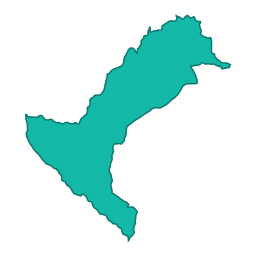 the district of California, Santander, Colombia
{"feature_id": "7082276B83568043326279", "entity_name": "California", "entity_type": "district", "adm_level": 2, "iso_a3": "COL", "parent_name": "Colombia", "parent_adm1": "Santander", "projection": "natural_earth1", "projection_center": [-72.928, 7.347], "detail": "fine", "context": "isolated", "style": "filled", "palette": "teal", "viewbox_px": 256, "rotation_deg": 0, "n_neighbors": 0, "source": "geoboundaries", "source_scale": "gbopen_adm2", "svg_char_len": 5761}
<svg xmlns="http://www.w3.org/2000/svg" viewBox="0 0 256 256"><path d="M230.2,64.6L228.5,63.7L226.9,63.1L222.9,62.9L221.6,62.5L220.6,61.9L218.2,59.9L216.8,59.0L216.1,58.0L215.4,57.5L214.8,56.4L214.6,54.5L214.2,53.8L212.3,53.4L211.9,53.1L211.5,52.3L211.4,51.1L211.6,49.0L211.4,46.4L211.6,44.3L211.4,40.5L210.8,37.8L210.2,37.5L208.9,38.1L208.3,38.1L203.8,36.6L202.5,35.7L201.5,35.3L200.6,34.1L200.4,33.7L200.4,32.9L201.1,32.3L201.2,31.0L200.8,29.4L199.7,26.5L199.4,25.2L199.6,23.9L200.5,22.6L200.7,22.0L200.6,21.6L200.3,21.5L198.7,21.6L197.2,21.3L196.4,20.9L195.7,20.2L194.8,18.6L194.6,17.2L194.0,16.8L192.4,17.4L191.8,17.9L190.1,17.9L189.3,16.9L188.4,16.2L187.6,15.4L185.6,16.5L184.2,17.9L183.6,18.9L182.9,19.3L182.3,19.1L179.5,17.0L177.9,16.7L176.2,15.7L176.2,16.1L177.0,17.8L176.7,19.2L175.7,21.0L175.0,21.2L171.2,20.8L168.8,21.4L166.7,23.0L163.8,24.7L162.3,26.0L161.7,27.7L161.8,28.2L161.8,29.5L161.1,30.3L159.7,30.3L158.7,30.0L158.0,30.0L157.3,30.4L156.7,30.9L154.3,30.9L153.5,31.1L151.1,32.2L150.4,31.8L150.2,31.0L150.1,27.4L149.8,27.2L148.8,30.0L148.2,30.9L147.9,32.6L148.0,33.2L147.9,34.1L147.6,35.2L147.2,35.5L144.3,35.8L144.0,36.1L143.3,38.8L141.9,39.7L141.3,40.5L141.1,41.5L141.1,42.3L141.3,44.1L140.3,45.3L139.1,47.5L138.2,48.5L137.7,48.7L137.5,49.3L137.1,53.1L135.6,51.5L134.7,49.8L133.4,48.5L132.5,48.1L130.9,48.0L129.8,48.4L129.3,48.9L128.3,50.3L126.7,53.5L124.4,57.4L124.1,58.3L123.9,60.7L123.5,62.7L122.8,64.4L121.6,65.9L119.8,66.8L118.8,67.1L116.5,68.2L114.9,68.6L112.6,69.7L111.4,70.7L108.8,73.7L108.2,74.2L107.3,74.0L107.3,75.5L106.6,78.7L105.2,84.2L104.8,87.1L104.3,88.6L104.2,89.5L103.8,90.1L103.7,90.7L101.5,93.7L100.7,94.4L99.4,95.1L94.9,95.3L94.4,95.6L93.0,97.4L91.2,98.3L90.6,98.9L90.0,99.8L89.7,101.0L90.3,102.5L90.2,104.0L89.2,106.4L88.8,106.7L87.8,107.0L87.5,107.4L87.4,111.2L86.8,113.6L86.2,114.5L84.2,115.9L82.3,118.0L81.1,118.8L79.2,123.2L78.7,124.0L77.8,124.3L75.9,122.7L74.4,122.8L73.9,123.4L72.3,123.7L69.6,123.4L68.0,122.6L67.2,122.4L65.4,122.6L64.0,123.6L61.4,123.6L59.3,122.6L58.3,122.5L57.1,122.7L55.6,122.6L55.6,122.3L54.3,121.8L53.5,121.2L52.9,120.2L51.3,119.3L49.9,119.4L48.3,120.0L45.4,119.8L45.0,119.4L44.7,118.9L42.5,116.6L41.9,115.6L40.6,115.5L39.5,115.7L39.1,115.9L38.5,116.8L37.7,117.1L33.4,117.2L31.1,117.0L29.7,116.8L28.1,116.8L27.4,116.1L26.6,114.6L26.1,114.3L25.8,114.8L25.9,118.2L26.2,120.0L27.4,124.3L27.4,127.8L27.6,129.5L27.6,130.7L26.5,132.4L26.3,133.7L26.8,137.2L27.5,138.3L28.1,139.8L30.2,143.9L32.4,147.0L33.2,148.5L34.0,149.7L36.8,152.7L38.9,154.7L40.1,156.4L40.9,157.4L41.6,158.6L42.7,159.9L44.2,161.3L45.2,162.8L45.9,163.5L46.9,164.1L48.5,164.6L50.8,165.6L52.3,166.7L53.3,167.8L54.2,168.4L54.8,168.6L56.3,168.7L56.7,169.0L57.1,170.2L58.5,171.2L58.8,173.1L59.5,173.7L60.0,173.7L60.4,174.1L60.9,175.2L61.9,176.7L61.9,178.4L61.7,179.8L62.0,180.3L62.5,180.8L65.4,181.9L65.6,182.2L65.9,183.7L66.3,184.1L67.0,184.5L67.2,185.6L68.1,186.0L68.9,186.0L69.1,186.3L71.7,189.9L72.4,191.3L73.0,192.1L73.1,192.6L74.0,193.6L74.6,194.0L75.7,194.1L76.8,194.8L78.8,195.2L79.2,195.5L80.9,195.9L81.1,195.9L81.5,195.4L81.6,194.8L81.9,194.3L82.8,194.2L83.6,194.4L85.3,195.8L86.2,196.8L87.3,198.5L87.6,200.1L88.3,201.0L89.2,201.5L91.2,201.7L92.0,202.2L92.3,204.2L93.2,206.3L93.7,207.1L94.8,208.2L96.0,208.8L96.9,209.6L97.6,210.6L98.0,211.3L99.3,212.9L99.7,213.8L100.0,214.0L102.1,214.2L103.8,214.8L105.7,215.2L106.4,216.1L106.9,217.6L108.0,219.4L109.4,220.9L111.8,222.1L112.7,223.6L113.8,223.8L115.3,223.8L115.8,223.9L116.1,224.4L116.7,224.4L118.4,227.0L121.6,229.1L121.8,230.7L122.0,231.8L122.6,232.8L122.8,233.9L123.1,234.3L124.1,234.5L125.7,235.0L127.2,236.2L127.7,236.4L128.0,236.8L128.5,239.3L128.5,240.6L128.9,240.2L128.9,239.9L129.7,238.3L130.9,236.6L132.7,235.1L133.1,234.0L133.7,233.5L134.2,232.8L134.0,230.7L133.5,229.3L133.6,228.6L133.8,228.1L134.0,226.8L134.3,226.2L134.9,224.4L135.5,223.6L135.2,222.3L135.2,221.1L135.6,219.1L135.9,215.6L136.0,214.6L136.5,214.0L137.3,212.1L137.1,211.6L135.8,209.7L134.2,208.0L133.1,207.3L132.6,207.0L127.9,207.1L127.2,206.8L127.2,206.5L127.3,206.3L128.4,205.3L128.7,204.7L128.7,204.2L128.1,203.9L127.0,202.6L126.6,202.3L123.7,201.1L123.0,200.5L120.1,198.5L118.6,197.2L116.2,195.7L115.1,194.7L112.4,193.2L112.0,192.7L112.1,190.5L111.6,189.1L111.2,186.5L110.9,185.8L110.9,184.7L111.2,182.9L112.1,181.7L112.3,180.2L111.6,178.2L111.1,175.4L110.8,174.6L110.5,173.2L109.3,171.8L109.3,170.1L109.5,168.1L109.8,167.8L110.0,167.0L110.3,166.4L110.5,164.8L110.4,164.6L110.6,163.5L112.0,159.9L112.1,158.4L111.9,157.0L111.9,155.9L113.5,151.2L112.9,148.7L112.9,147.0L113.1,146.0L113.8,144.5L114.0,144.2L114.6,144.3L115.5,143.4L116.0,143.9L116.4,144.0L118.8,143.5L120.2,143.6L121.2,144.1L122.7,142.5L123.8,141.6L124.6,139.7L124.5,138.1L125.4,136.7L125.7,136.0L125.8,134.6L126.1,133.9L126.2,133.2L126.2,130.8L126.4,130.1L126.5,128.2L126.7,127.4L127.5,126.3L128.6,125.2L130.9,123.6L133.6,121.3L136.0,119.7L137.9,118.7L138.7,118.1L139.8,117.5L144.2,114.3L149.5,111.1L152.3,108.7L154.3,107.8L156.6,107.7L159.3,108.0L160.6,107.8L162.3,106.7L165.8,104.9L165.7,104.9L166.7,104.3L170.4,101.0L171.0,100.2L174.6,97.7L175.5,96.6L177.3,95.1L180.3,90.8L182.9,86.1L186.1,83.9L187.6,83.8L196.1,83.6L197.2,83.0L196.8,79.2L196.6,78.5L195.3,74.9L194.3,72.8L192.7,69.8L191.4,67.8L190.9,66.5L190.9,66.0L191.2,65.7L193.4,66.1L193.8,66.0L194.5,65.4L195.1,65.2L197.3,65.3L198.2,65.1L200.2,64.4L200.9,63.6L201.7,63.0L202.9,62.8L203.8,63.1L204.4,63.7L205.0,64.0L208.9,63.8L210.2,64.2L213.5,64.1L215.1,64.6L215.7,65.2L216.5,65.5L217.6,66.0L217.9,66.0L218.6,66.5L219.1,66.5L219.5,65.9L219.9,65.9L220.7,66.5L221.1,67.2L221.6,68.5L222.2,69.0L223.7,68.3L225.0,68.5L225.7,68.3L225.9,67.8L226.6,67.7L227.7,67.9L228.1,67.6L229.5,67.3L229.9,66.4L229.9,64.8L230.2,64.6Z" fill="#14b8a6" stroke="#0f766e" stroke-width="1.5"/></svg>